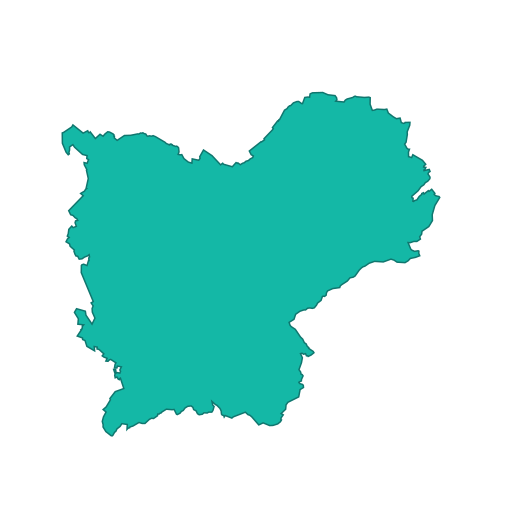 Athy Lea-5, Kildare, Ireland, rotated 257°
{"feature_id": "5873133B78981384303410", "entity_name": "Athy Lea-5", "entity_type": "district", "adm_level": 2, "iso_a3": "IRL", "parent_name": "Ireland", "parent_adm1": "Kildare", "projection": "mercator", "projection_center": [-6.893, 52.99], "detail": "fine", "context": "isolated", "style": "filled", "palette": "teal", "viewbox_px": 512, "rotation_deg": 257, "n_neighbors": 0, "source": "geoboundaries", "source_scale": "gbopen_adm2", "svg_char_len": 6027}
<svg xmlns="http://www.w3.org/2000/svg" viewBox="0 0 512 512"><g transform="rotate(257 256 256)"><path d="M219.4,415.6L222.0,415.2L224.1,415.8L224.6,415.2L224.9,411.5L226.9,408.9L228.1,408.3L234.9,407.2L234.3,409.2L234.7,413.1L234.0,416.0L235.5,420.0L237.9,419.8L240.0,422.3L242.8,423.3L245.8,431.0L250.8,435.9L256.6,437.0L264.9,441.6L271.7,448.2L272.8,447.7L274.0,445.1L274.9,444.1L276.1,443.5L276.8,444.4L281.5,442.2L280.0,439.1L280.9,438.6L278.6,433.7L280.0,433.4L279.6,431.6L278.8,431.4L277.3,428.4L274.5,425.4L274.3,423.0L273.7,421.8L274.0,421.2L277.0,422.1L277.8,421.0L279.2,421.3L283.1,428.6L286.4,432.4L287.6,435.5L289.4,437.5L290.2,440.1L292.2,442.8L293.7,443.3L297.3,442.0L298.6,443.0L299.2,444.6L301.4,444.3L301.4,438.9L302.0,438.9L302.4,440.0L304.1,441.4L304.9,439.3L305.8,439.7L307.2,442.0L311.8,439.7L319.4,431.6L316.9,429.8L318.5,427.0L322.9,427.9L325.5,429.5L325.7,428.5L327.0,427.3L331.6,426.0L333.1,427.8L340.4,430.8L342.9,431.2L348.8,435.2L351.6,436.1L352.6,431.3L352.0,430.7L352.0,429.6L353.3,427.6L358.0,427.4L358.2,423.7L360.8,421.0L365.5,417.1L369.7,416.5L369.8,414.2L371.9,406.8L371.5,404.0L371.7,402.1L378.2,401.3L384.6,402.9L385.4,401.7L386.1,397.3L388.5,389.9L389.4,388.7L389.4,387.8L388.7,385.9L388.5,380.1L387.8,378.1L386.2,376.3L386.4,375.9L388.9,368.5L390.1,370.0L392.1,370.1L394.5,369.1L396.9,362.4L400.3,357.8L402.3,347.7L401.8,345.2L398.6,343.9L399.2,342.4L399.5,339.2L394.0,335.6L394.3,334.7L397.0,332.3L397.3,330.6L396.8,326.9L394.7,323.6L394.8,322.6L394.1,321.0L392.6,319.4L391.7,316.6L383.6,309.6L383.7,309.0L382.4,308.1L382.8,307.5L377.4,300.9L376.3,301.5L375.2,300.4L368.5,290.2L367.3,290.4L365.9,287.0L366.2,286.6L359.8,273.1L355.8,274.1L354.1,275.9L352.6,274.9L351.9,272.2L350.7,270.0L350.6,267.5L349.5,265.5L349.4,263.8L348.5,261.2L350.8,259.3L350.5,258.7L351.5,257.6L348.3,253.0L352.7,245.0L353.9,244.4L352.8,242.0L363.7,235.7L371.1,228.7L365.4,223.5L363.7,223.5L362.2,221.7L365.0,215.7L360.9,214.4L362.7,211.2L367.1,207.7L371.5,206.5L371.6,204.9L372.5,203.0L374.8,204.4L378.8,204.9L380.3,204.1L380.9,203.3L380.8,202.5L382.8,199.3L383.3,199.4L384.3,198.3L383.9,197.8L384.2,196.7L383.8,196.5L385.9,193.8L387.3,192.9L394.8,185.0L396.4,182.8L396.2,181.3L397.1,179.1L397.0,177.6L397.5,176.8L399.7,176.0L400.4,174.5L401.5,173.5L401.3,172.5L401.8,171.2L401.2,169.2L401.6,168.1L401.8,161.0L403.0,154.9L399.9,146.7L402.9,144.5L404.5,145.0L404.9,144.4L405.9,144.9L407.1,144.2L409.7,141.2L410.4,139.5L408.9,136.3L407.1,133.9L409.7,131.4L406.6,125.9L414.2,122.4L413.7,121.8L413.9,120.6L415.9,120.2L414.6,115.2L424.9,107.1L423.2,105.5L419.7,96.3L419.5,94.9L409.4,92.7L399.9,94.3L396.9,95.8L397.5,97.1L399.0,97.0L401.2,98.2L404.2,98.9L405.7,102.6L402.8,103.7L394.0,109.8L391.8,114.0L389.0,113.0L387.6,114.5L384.3,112.3L385.7,109.5L383.5,109.2L378.2,110.6L377.7,110.1L369.2,110.0L360.0,105.6L359.8,106.0L359.3,104.9L357.8,103.5L356.4,99.2L353.6,101.2L342.3,83.7L337.9,84.7L336.7,86.8L333.8,88.5L332.8,89.8L330.8,90.3L330.8,88.1L329.1,87.2L325.3,87.6L324.8,84.2L326.6,83.2L324.1,79.6L319.8,78.0L317.8,76.6L316.1,78.1L315.1,76.2L312.6,74.1L309.8,77.0L307.2,77.1L302.8,80.3L301.6,79.7L298.6,80.0L296.5,80.6L295.9,82.2L292.7,83.0L292.4,85.9L293.5,88.6L294.0,91.8L294.8,93.7L292.5,93.6L292.3,93.0L290.9,92.4L289.1,92.3L289.1,91.7L284.7,89.2L286.8,86.2L286.6,84.4L286.0,83.7L279.1,82.0L248.2,87.2L247.4,84.8L244.0,86.1L241.7,84.5L238.1,83.9L231.7,85.1L226.5,80.9L236.6,77.0L240.6,77.3L245.0,69.3L241.9,66.4L234.8,68.8L229.6,67.1L227.7,72.6L226.8,71.4L227.0,71.1L224.4,70.3L223.7,69.0L223.4,69.3L218.2,63.8L215.2,68.5L213.6,68.3L212.1,70.4L206.0,70.9L199.9,77.4L204.2,78.0L202.9,80.8L201.2,80.2L200.2,82.1L194.9,85.7L193.3,83.7L191.7,85.1L189.8,87.9L187.4,86.1L186.7,88.1L187.8,89.8L187.9,91.2L183.4,95.5L182.3,94.4L178.8,92.9L178.2,95.3L179.9,96.2L178.3,99.9L175.6,97.7L174.2,98.1L172.5,97.0L173.6,94.6L173.4,93.4L176.9,93.7L177.4,91.8L172.8,92.2L171.6,91.5L169.0,91.4L169.3,93.3L166.9,94.1L166.3,95.0L167.1,95.3L167.5,96.4L156.6,97.4L155.5,88.3L150.0,81.6L148.6,81.8L142.7,76.1L140.8,72.5L137.7,74.8L133.6,71.2L129.4,69.0L126.0,69.1L123.8,68.5L118.7,70.2L113.5,74.4L113.1,75.4L113.4,76.1L116.1,78.6L116.6,79.9L118.8,81.6L120.5,85.2L122.8,87.6L120.8,92.7L116.1,91.3L117.0,92.6L117.1,94.3L117.8,94.8L118.0,97.8L120.1,104.5L118.4,107.5L117.8,110.1L120.8,115.3L121.4,117.7L120.7,119.6L122.5,124.1L124.1,124.7L123.8,126.0L124.4,127.1L124.4,128.2L125.2,129.3L126.9,134.2L125.1,139.7L124.9,141.7L119.8,142.9L119.2,143.6L119.9,146.6L121.3,148.3L121.9,150.4L123.9,152.7L124.9,155.7L124.5,159.1L122.7,160.5L120.4,160.7L118.6,162.8L115.5,163.5L114.1,164.9L113.9,168.1L114.9,170.1L114.0,173.2L114.5,174.8L113.8,177.8L115.2,179.3L118.8,181.3L120.4,180.3L124.2,180.4L120.3,183.1L119.4,184.3L115.6,186.6L112.9,187.2L109.7,186.8L108.6,187.3L107.8,188.7L106.3,188.8L107.5,190.1L103.5,196.0L104.4,197.8L106.2,210.5L103.2,212.5L102.2,214.2L100.2,215.7L90.8,220.7L91.8,225.4L87.7,231.2L87.1,234.5L87.5,239.4L89.0,242.5L90.5,243.9L90.9,243.4L92.7,244.1L95.1,246.8L96.8,245.0L100.0,250.4L104.2,251.8L106.3,254.2L109.1,265.9L115.9,268.9L117.2,272.7L119.4,273.0L120.5,272.3L121.7,270.1L123.1,269.3L123.6,269.7L124.0,272.1L125.6,272.6L128.6,274.9L130.1,274.3L130.8,273.3L132.9,273.4L135.6,272.3L141.8,276.3L146.4,278.3L150.9,277.4L150.9,279.0L149.6,280.3L149.7,282.3L147.4,282.7L147.2,283.9L146.4,284.2L147.1,287.4L148.7,290.7L150.1,290.3L154.1,286.6L154.5,286.9L157.0,285.4L158.9,285.2L160.7,283.6L164.5,282.8L167.1,281.1L175.7,277.8L179.4,274.3L180.9,273.6L183.9,273.3L185.8,278.8L190.3,281.5L192.3,286.4L192.7,290.6L192.3,292.2L193.5,294.5L193.3,296.7L192.3,299.2L192.4,301.2L194.5,303.9L196.3,305.4L198.1,309.4L201.5,311.5L201.8,312.3L201.2,313.7L202.0,315.5L204.3,316.4L205.9,317.9L207.0,323.5L206.4,330.5L207.8,331.3L208.7,332.8L211.1,339.4L213.6,342.7L213.5,345.9L214.2,348.0L219.1,353.5L220.7,356.1L221.4,357.8L221.6,359.8L223.5,364.6L224.1,370.3L221.6,378.7L222.6,386.8L220.9,389.6L218.3,392.0L216.0,399.7L217.1,403.1L218.9,405.8L218.8,411.1L219.4,415.6Z" fill="#14b8a6" stroke="#0f766e" stroke-width="1.5"/></g></svg>